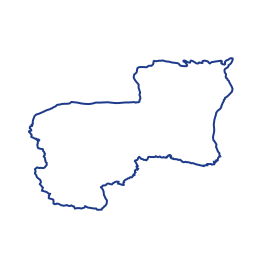 the district of Palora, Morona Santiago, Ecuador, rotated 282°
{"feature_id": "8360857B98088290450398", "entity_name": "Palora", "entity_type": "district", "adm_level": 2, "iso_a3": "ECU", "parent_name": "Ecuador", "parent_adm1": "Morona Santiago", "projection": "equal_earth", "projection_center": [-78.165, -1.664], "detail": "fine", "context": "isolated", "style": "outline", "palette": "blue", "viewbox_px": 256, "rotation_deg": 282, "n_neighbors": 0, "source": "geoboundaries", "source_scale": "gbopen_adm2", "svg_char_len": 5791}
<svg xmlns="http://www.w3.org/2000/svg" viewBox="0 0 256 256"><g transform="rotate(282 128 128)"><path d="M45.1,64.6L44.1,65.0L43.1,65.0L42.7,65.6L42.7,67.7L42.4,69.8L40.3,70.6L38.9,70.7L38.5,71.0L38.4,71.4L38.5,73.3L39.3,74.2L39.4,75.2L39.2,76.6L38.6,78.5L38.6,81.0L39.2,83.0L39.9,84.2L39.5,86.1L39.6,87.3L40.5,88.8L40.0,90.1L39.9,91.7L38.9,92.1L38.2,92.9L39.3,95.6L39.3,96.3L39.6,97.5L39.5,98.9L39.7,99.4L41.0,101.7L41.3,102.0L42.6,102.4L41.8,105.5L42.0,106.8L42.1,110.7L42.6,113.6L41.9,114.3L41.7,115.5L42.7,119.2L43.9,119.4L45.4,120.7L46.5,121.1L47.1,121.9L49.2,122.8L50.1,122.8L52.7,122.5L53.1,122.2L54.5,120.6L55.6,119.9L57.5,118.4L60.8,117.3L62.1,116.5L63.6,115.1L64.3,113.9L64.6,113.8L65.6,115.0L66.6,115.6L67.0,117.2L67.5,118.1L68.9,119.0L69.4,119.6L69.6,120.6L69.4,123.4L69.6,124.1L70.6,124.6L72.5,126.6L73.2,128.0L73.4,129.9L71.6,129.8L71.6,131.1L71.4,132.4L71.2,134.2L71.4,135.6L72.0,135.5L73.1,134.9L73.9,135.0L74.2,135.4L74.8,135.0L75.2,135.1L76.9,136.3L77.5,137.3L78.8,138.6L79.0,139.3L79.3,139.7L80.2,140.3L80.4,140.6L80.4,141.6L80.9,142.3L81.9,142.7L82.4,142.6L82.7,143.3L83.3,144.0L83.9,143.4L84.4,144.0L85.5,144.0L86.1,144.5L86.5,144.1L87.6,143.6L88.6,144.2L89.5,145.0L89.1,145.8L89.3,146.0L89.7,146.2L90.2,146.4L90.5,145.6L92.0,144.3L92.3,144.4L92.5,145.4L92.8,145.5L93.8,144.5L95.9,142.9L96.9,141.7L97.2,141.6L97.7,141.8L98.7,143.7L99.3,144.0L100.6,144.1L102.0,144.9L102.1,145.1L100.6,147.3L100.6,148.7L100.1,150.2L100.4,151.5L100.3,152.7L101.5,153.5L103.6,153.8L104.1,154.3L104.3,155.1L104.3,156.3L104.6,157.2L104.8,158.8L105.3,160.5L106.2,161.1L105.7,162.9L105.7,163.4L106.1,164.2L106.7,164.8L106.7,165.4L106.1,166.5L106.4,168.1L106.9,168.8L106.8,171.3L107.4,172.2L108.1,172.0L108.8,173.0L109.6,173.2L110.3,174.6L110.2,175.0L109.8,175.1L109.7,175.7L109.2,176.1L108.4,175.5L107.5,176.5L107.5,177.0L107.3,177.4L107.6,178.4L107.2,178.6L107.1,179.7L107.3,180.1L107.6,182.7L107.6,182.9L107.3,183.3L107.3,184.3L107.8,185.6L107.0,187.0L106.8,187.6L106.3,188.1L106.1,189.6L106.9,191.4L106.7,192.3L107.0,193.3L107.1,194.7L106.9,195.5L106.9,196.6L106.7,197.3L107.0,198.4L107.1,199.3L107.0,200.3L106.7,201.3L106.5,209.8L106.9,209.8L106.9,210.5L107.2,210.7L107.5,211.1L108.0,213.0L108.5,212.5L109.3,213.0L109.7,215.5L110.1,216.4L109.6,217.7L109.8,218.4L110.2,218.8L110.5,219.9L110.8,220.0L111.3,219.5L112.1,219.3L112.4,219.4L112.3,220.3L112.7,220.6L113.1,219.8L113.3,220.4L113.9,221.5L114.2,221.5L114.7,221.0L114.9,221.1L114.9,222.2L115.1,222.5L116.1,222.3L117.4,222.4L118.7,223.0L119.4,224.1L120.5,223.1L122.4,222.6L123.4,221.2L124.7,220.1L126.3,219.2L127.6,218.1L130.3,217.9L132.6,215.8L133.8,214.2L136.2,213.2L137.0,213.0L142.3,213.0L144.3,212.7L149.1,211.2L154.0,210.8L159.3,211.2L161.5,211.2L163.6,212.2L166.0,214.3L168.1,214.9L169.1,214.8L172.8,215.6L174.2,216.1L175.4,215.9L176.4,216.7L177.5,216.6L177.9,216.8L178.4,217.6L180.4,219.2L184.9,222.0L185.7,222.1L187.8,222.2L189.7,221.1L194.0,217.4L195.2,216.7L195.9,215.3L197.0,214.7L197.3,213.7L197.7,213.2L198.6,212.9L200.7,212.8L201.2,212.5L202.5,211.1L204.3,210.4L205.2,210.4L206.1,210.8L208.0,212.8L208.7,213.2L209.3,213.4L210.3,213.3L211.2,214.2L212.7,215.3L215.4,216.1L217.4,216.1L217.7,215.9L217.8,214.7L217.5,213.8L217.0,213.1L215.2,211.4L214.5,210.1L213.4,209.4L212.5,209.1L212.1,209.4L210.6,209.6L210.0,209.0L210.1,207.7L210.4,206.4L210.7,205.9L211.3,205.6L212.0,206.0L212.7,205.9L213.1,205.4L213.1,204.8L210.1,196.8L209.7,196.0L209.1,195.4L208.4,195.0L208.2,194.5L208.6,193.6L209.6,192.4L209.8,191.7L209.8,188.7L209.0,187.1L208.3,187.0L207.2,187.3L207.0,187.1L206.9,186.8L206.9,184.0L206.7,183.8L206.1,183.7L205.5,182.5L205.5,181.3L206.7,178.2L207.0,176.4L207.0,175.5L206.8,175.3L204.9,175.1L204.7,174.6L204.8,172.7L205.6,170.4L205.7,169.7L205.7,168.8L205.2,168.3L204.6,168.5L204.4,169.6L204.0,170.4L203.2,171.4L201.9,172.7L201.2,172.8L200.5,171.9L200.0,169.0L199.9,166.2L201.5,164.1L201.7,162.7L201.2,157.1L201.4,154.6L201.0,150.5L201.3,148.1L200.6,146.1L200.4,144.8L199.2,141.8L199.1,139.6L198.6,139.2L196.5,139.4L195.4,139.2L194.6,138.7L193.7,137.9L193.3,135.7L192.8,134.9L191.7,134.1L191.3,133.3L191.1,132.8L190.9,130.7L190.0,126.6L189.3,125.5L188.1,124.7L185.0,124.9L184.2,124.8L183.2,124.3L181.5,122.9L179.1,123.0L178.0,123.4L175.8,125.4L173.3,128.6L172.6,129.4L169.5,130.0L165.4,132.4L164.3,132.5L163.4,132.3L162.3,132.5L161.3,133.3L159.4,134.0L157.7,133.5L156.2,133.7L155.4,133.0L155.0,131.3L154.4,130.3L154.7,129.0L153.0,122.9L152.6,120.7L150.3,113.0L149.8,110.6L149.3,106.4L149.0,102.9L146.7,94.1L146.4,92.1L145.9,90.7L145.1,89.3L144.0,86.8L143.3,84.8L142.6,80.6L142.3,76.8L142.3,72.8L141.7,67.3L139.9,65.7L139.5,64.9L138.7,61.9L138.0,59.0L136.7,56.2L136.1,54.3L135.5,53.5L134.0,52.6L133.1,51.1L131.4,49.5L131.0,48.6L129.9,47.4L129.6,46.6L128.0,44.0L126.8,42.6L123.2,37.6L122.1,35.4L121.7,35.1L120.1,34.1L116.3,33.5L114.5,33.5L112.2,34.0L111.3,33.2L111.1,33.1L110.6,33.8L110.3,33.8L110.0,33.7L109.2,32.1L108.9,31.9L107.5,31.9L107.2,32.1L106.7,33.1L105.9,33.8L105.4,33.9L104.4,32.4L103.9,32.3L103.9,32.0L103.4,32.2L103.0,33.0L101.2,35.2L99.3,35.2L99.2,35.4L98.9,36.3L98.9,37.0L98.3,38.9L98.4,40.6L97.9,41.1L97.7,40.9L97.3,41.7L98.2,42.5L98.2,42.9L97.7,43.7L95.2,42.6L94.1,43.0L93.0,42.7L92.6,43.0L90.9,43.4L89.6,44.4L89.7,44.9L89.5,45.9L89.5,47.2L89.4,47.6L89.6,48.9L89.2,49.3L87.9,49.8L87.3,50.7L86.0,51.6L85.6,52.1L85.1,51.8L84.2,52.2L82.9,51.5L82.6,51.5L81.3,53.0L80.6,53.4L79.3,53.6L78.9,54.1L77.7,54.5L76.9,55.7L76.7,55.6L75.4,56.1L74.8,56.1L72.3,54.8L71.7,54.3L71.1,53.3L70.9,51.1L70.8,50.4L70.5,50.0L70.4,48.9L70.6,47.8L70.5,47.2L70.0,47.0L69.4,46.3L68.4,45.6L66.0,46.7L65.1,46.3L64.2,46.4L62.8,48.1L61.8,48.5L60.7,49.5L59.1,52.7L58.4,53.4L56.6,54.1L54.8,53.4L52.4,56.5L52.1,57.1L48.8,56.9L48.5,61.6L47.3,64.1L47.4,65.4L46.9,65.4L45.1,64.6Z" fill="none" stroke="#1e3a8a" stroke-width="2"/></g></svg>